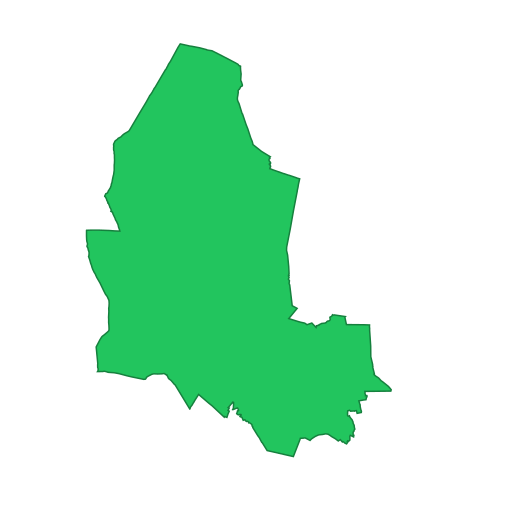 the district of Stiuca, Timis, Romania, rotated 18°
{"feature_id": "2599482B92651033244304", "entity_name": "Stiuca", "entity_type": "district", "adm_level": 2, "iso_a3": "ROU", "parent_name": "Romania", "parent_adm1": "Timis", "projection": "natural_earth1", "projection_center": [21.98, 45.563], "detail": "fine", "context": "isolated", "style": "filled", "palette": "green", "viewbox_px": 512, "rotation_deg": 18, "n_neighbors": 0, "source": "geoboundaries", "source_scale": "gbopen_adm2", "svg_char_len": 6053}
<svg xmlns="http://www.w3.org/2000/svg" viewBox="0 0 512 512"><g transform="rotate(18 256 256)"><path d="M326.7,437.6L353.5,435.2L354.5,417.7L354.5,415.7L357.3,414.6L358.9,413.8L364.4,414.7L365.3,412.8L366.4,411.4L368.1,409.3L370.5,407.1L371.0,406.7L374.6,405.1L377.2,403.6L379.6,403.2L382.1,403.8L383.4,404.3L388.0,405.3L391.4,406.5L392.9,404.6L395.6,406.2L395.9,405.7L396.6,405.7L398.4,406.5L400.2,406.7L400.9,404.3L400.1,404.1L400.3,403.4L401.4,403.4L402.1,402.4L401.9,401.2L401.0,398.7L401.1,397.4L404.7,397.9L404.5,396.3L403.8,396.4L402.9,393.9L402.9,393.2L403.3,392.4L403.1,391.2L403.5,390.5L403.4,389.9L402.7,389.0L402.5,388.4L401.9,387.4L401.7,386.7L400.1,385.1L399.6,383.9L397.9,382.0L396.7,381.3L395.1,380.2L394.2,379.1L393.6,379.7L393.0,379.8L392.1,379.0L392.0,377.9L391.6,377.2L391.1,374.9L392.7,373.8L393.0,374.0L393.3,374.0L393.8,374.4L396.8,373.2L397.6,373.1L397.5,372.8L399.3,372.0L400.8,374.4L404.5,372.3L404.3,371.8L404.3,371.2L403.1,369.6L401.8,367.3L401.3,366.2L401.1,365.4L400.7,365.1L398.6,362.0L402.6,359.8L405.0,358.7L404.8,356.8L405.0,355.8L404.9,354.9L404.6,354.5L403.3,355.1L403.1,354.2L402.6,353.6L402.1,353.2L401.7,351.3L401.5,351.1L426.0,342.8L425.9,341.4L423.9,340.1L422.2,339.1L415.1,336.4L413.6,336.0L410.5,334.2L409.2,333.8L406.6,333.1L405.0,332.3L404.7,331.9L405.0,331.5L401.2,325.4L401.3,324.9L400.5,323.6L400.5,323.2L396.3,316.3L392.9,306.2L387.0,291.5L386.5,289.8L385.8,288.3L385.3,286.5L379.7,288.1L363.2,293.3L359.4,286.7L359.7,286.0L348.4,287.9L347.5,288.5L346.9,288.3L346.7,289.6L346.1,290.5L345.4,291.1L345.2,291.4L345.6,292.3L346.2,293.2L346.2,293.9L345.8,294.7L345.3,295.3L344.2,295.8L343.7,296.5L343.3,297.6L342.3,298.5L339.2,299.9L338.4,300.8L337.2,301.8L337.2,302.5L336.4,302.8L336.0,303.1L335.7,303.5L335.1,303.6L335.2,305.4L329.8,302.5L325.7,305.6L323.7,304.9L322.7,304.8L318.8,305.2L315.9,305.3L306.5,305.4L311.3,293.1L305.8,292.1L297.0,273.1L296.0,272.0L295.4,269.1L293.9,268.0L294.1,266.2L293.0,265.0L293.5,264.4L292.8,263.5L293.0,262.9L290.4,256.0L285.8,245.4L283.3,241.2L282.4,238.0L280.2,219.6L277.6,201.1L275.7,185.8L275.2,181.7L275.0,180.8L274.7,177.7L274.2,174.6L273.7,169.1L271.0,169.2L270.1,169.1L262.8,169.0L261.5,169.1L257.3,169.0L256.9,169.1L244.6,168.8L244.3,168.7L242.2,168.7L242.3,168.2L242.0,167.4L242.3,166.8L242.3,166.5L241.9,166.1L241.7,165.4L240.5,164.9L240.2,164.4L240.3,164.2L241.1,164.0L241.2,163.1L240.8,162.5L240.0,162.2L239.9,162.0L239.9,161.8L239.2,161.5L238.9,161.1L238.5,160.1L238.5,159.8L239.1,159.1L239.1,158.8L238.4,158.0L238.5,157.8L238.9,157.2L228.9,154.8L218.5,150.9L218.3,150.2L216.9,148.1L214.5,145.3L208.9,137.6L205.9,134.0L199.3,125.1L198.8,124.9L198.3,124.2L192.7,116.2L191.0,114.5L189.8,112.6L189.3,110.7L189.1,108.9L188.5,105.6L188.0,104.7L187.9,104.3L188.2,103.1L188.4,102.7L188.7,102.5L188.7,102.1L188.9,101.5L189.1,99.7L190.2,98.8L190.3,98.5L190.3,97.8L190.1,97.4L188.2,94.7L187.3,93.8L187.0,93.1L185.6,87.5L183.9,83.9L182.7,80.7L182.7,80.3L182.6,80.2L181.0,80.2L179.9,79.4L179.4,79.2L176.4,78.6L161.6,76.1L150.7,74.4L145.8,75.2L145.4,75.0L138.1,75.4L130.1,76.4L128.1,76.8L126.5,76.9L118.4,77.7L117.4,81.5L114.5,97.2L113.5,100.8L113.3,102.9L113.0,103.9L112.8,105.8L112.3,106.9L111.1,112.2L107.9,126.8L107.3,128.3L107.3,129.3L107.0,130.2L106.7,132.2L105.8,135.2L105.3,136.4L105.2,137.4L104.0,143.6L101.4,154.8L96.7,175.9L95.9,177.2L93.0,180.4L91.8,182.2L90.7,184.5L88.6,186.6L87.9,188.2L87.0,189.3L86.4,190.3L86.0,193.7L86.3,194.6L86.8,195.4L86.9,196.4L87.8,199.1L89.0,200.8L89.2,202.0L90.1,203.5L91.0,206.3L91.8,208.4L92.7,211.6L93.0,213.2L94.6,218.1L95.4,222.4L95.5,224.3L95.8,227.2L96.3,230.6L96.2,232.4L96.5,233.6L96.4,234.9L96.4,236.2L96.1,237.2L95.9,238.3L95.5,239.3L95.3,241.8L95.0,242.2L93.9,243.2L93.6,245.7L93.7,246.1L94.4,246.3L96.1,247.9L96.9,249.1L98.8,250.9L98.9,251.2L98.7,251.4L98.8,251.5L99.5,251.7L101.2,253.7L102.0,254.9L103.0,255.7L104.3,257.2L104.1,258.3L104.3,258.4L105.4,258.4L105.8,258.9L106.4,259.2L107.0,260.2L110.6,264.0L110.9,264.6L111.2,265.0L111.5,265.2L113.2,266.7L113.6,267.3L114.5,268.1L115.2,269.0L116.4,271.1L118.0,273.1L118.8,274.4L113.9,275.8L108.6,277.1L98.1,280.1L91.1,282.4L86.9,283.9L86.9,284.0L88.6,289.3L89.9,292.8L90.6,294.3L91.8,296.1L92.1,296.8L92.2,298.8L92.4,299.3L93.6,300.3L94.7,302.2L95.6,303.3L96.3,304.6L97.0,307.4L96.9,307.9L96.9,308.2L99.1,311.1L101.0,314.0L102.7,316.1L103.2,317.0L104.8,319.1L107.3,321.7L108.4,322.5L111.1,325.5L115.9,329.8L122.1,336.3L124.7,338.9L127.0,340.5L129.9,343.7L131.0,346.5L131.8,349.5L132.1,351.3L133.2,354.2L134.7,359.8L135.5,361.9L136.4,364.8L137.5,367.3L138.6,370.3L139.0,371.6L139.1,372.5L138.4,374.0L136.2,377.6L134.6,379.9L134.2,380.9L133.5,383.6L132.1,391.9L138.8,407.3L139.0,408.4L139.9,411.0L140.6,411.8L140.8,412.2L141.2,414.0L141.0,414.9L146.0,413.2L147.2,412.5L149.0,412.3L151.4,412.3L157.5,410.8L162.3,410.2L170.1,409.8L175.0,409.4L187.4,408.0L188.9,407.3L189.1,406.8L189.5,405.0L190.5,403.7L193.6,400.6L195.3,399.6L198.9,398.6L203.0,397.1L204.4,396.4L205.4,396.1L205.8,396.4L206.7,396.5L207.5,396.9L207.9,396.6L210.4,399.2L210.8,399.6L213.7,400.6L215.8,401.9L218.0,403.3L218.8,403.5L219.3,403.9L240.3,422.0L240.4,421.9L240.4,419.9L241.4,417.2L241.6,415.7L242.0,414.5L242.4,412.4L244.2,405.4L256.7,410.6L260.7,412.1L275.6,419.1L275.7,418.4L278.2,418.5L278.2,414.9L278.5,411.8L277.1,411.5L277.5,408.9L276.4,408.8L279.1,402.1L279.9,402.2L280.1,403.1L280.2,403.6L280.5,403.7L280.9,405.6L281.5,407.7L281.5,408.3L281.2,409.0L281.2,409.3L281.5,409.3L284.6,406.7L285.3,406.3L285.5,406.3L286.9,407.8L287.1,408.2L286.3,409.0L286.6,409.5L286.3,410.0L286.4,410.8L286.3,411.8L287.2,412.4L288.4,412.5L289.3,411.8L290.6,411.4L291.0,411.6L291.1,411.8L290.3,413.1L290.3,413.6L290.9,413.8L291.8,413.7L292.5,413.8L294.6,416.2L295.4,415.5L295.7,415.3L296.2,415.5L296.6,415.4L296.9,415.9L297.1,416.0L298.2,416.3L298.9,415.9L299.1,416.0L300.1,416.0L300.3,416.2L300.6,416.8L300.8,416.6L301.2,416.6L303.7,417.3L304.3,417.8L304.8,418.9L305.6,419.3L306.0,420.2L313.3,426.4L315.3,427.8L319.0,431.4L319.6,431.6L326.7,437.6Z" fill="#22c55e" stroke="#15803d" stroke-width="1.5"/></g></svg>